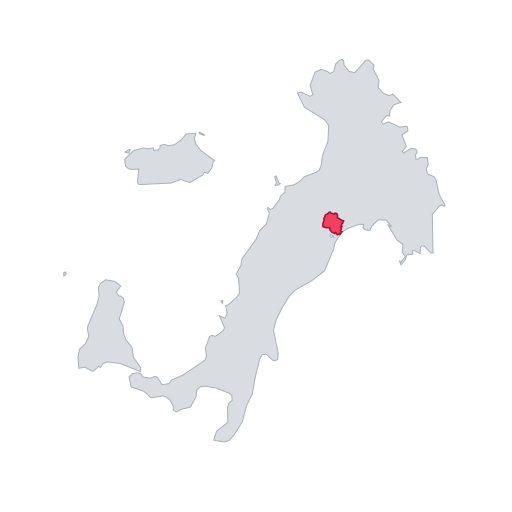 Forlì-Cesena highlighted on a map of Italy, rotated 79°
{"feature_id": "ITA-5365", "entity_name": "Forlì-Cesena", "entity_type": "Province", "adm_level": 1, "iso_a3": "ITA", "parent_name": "Italy", "parent_adm1": "", "projection": "natural_earth1", "projection_center": [11.987, 44.042], "detail": "fine", "context": "in_parent", "style": "filled", "palette": "rose", "viewbox_px": 512, "rotation_deg": 79, "n_neighbors": 0, "source": "natural_earth", "source_scale": "10m", "svg_char_len": 5366}
<svg xmlns="http://www.w3.org/2000/svg" viewBox="0 0 512 512"><g transform="rotate(79 256 256)"><path d="M91.5,103.7L94.7,105.4L106.7,101.8L114.0,103.9L120.1,100.4L124.0,95.0L123.2,90.9L132.9,84.4L133.8,91.8L139.1,96.9L144.2,98.1L143.0,101.1L148.1,107.3L150.1,106.7L150.8,105.6L149.6,100.4L157.0,90.3L157.3,83.3L158.6,82.6L162.2,83.1L165.1,89.6L177.1,87.5L181.2,92.5L183.1,91.6L180.0,83.0L181.5,78.7L184.7,77.9L186.9,80.0L191.5,80.6L191.8,78.0L190.6,76.3L192.2,68.9L199.1,69.6L203.2,72.2L208.0,72.1L212.1,66.2L215.3,64.8L230.8,64.4L242.2,60.8L243.2,61.6L241.1,64.4L241.8,66.3L248.6,74.9L286.9,81.7L286.4,83.8L278.2,89.2L277.6,91.3L278.9,93.1L285.0,94.4L280.8,99.5L280.9,101.5L284.2,101.7L283.7,107.9L287.8,109.8L292.3,115.3L287.8,116.3L289.6,114.8L285.0,109.5L280.3,111.8L272.7,109.5L267.5,114.5L250.0,120.8L253.0,117.9L251.7,117.8L245.4,121.6L243.9,129.2L248.9,136.7L252.7,139.4L251.0,144.0L248.6,145.7L245.5,144.4L244.6,148.5L246.3,159.5L249.0,167.2L257.8,175.7L264.1,178.5L283.7,191.6L290.9,206.2L297.1,224.6L302.3,231.5L313.1,241.3L322.9,248.5L332.0,253.0L355.7,252.8L361.7,254.4L362.5,257.5L361.4,259.6L354.4,264.8L354.0,268.9L357.4,271.7L373.7,279.4L390.3,285.8L401.6,294.1L416.2,301.1L427.7,311.9L431.8,317.5L432.6,321.9L430.0,329.5L428.6,332.6L420.5,328.2L413.8,315.3L399.6,313.0L395.4,310.8L393.0,306.9L388.6,306.5L385.5,308.6L377.9,320.7L373.9,331.1L373.7,335.4L376.1,339.5L382.9,341.8L391.8,349.2L392.2,358.5L393.9,363.7L391.6,366.7L387.2,365.9L381.3,367.8L377.1,371.2L375.4,374.4L375.2,386.0L367.3,392.0L360.6,403.6L350.5,403.7L348.1,400.1L347.9,394.8L349.6,391.5L353.3,390.0L355.7,383.1L354.9,378.2L356.3,376.0L364.4,372.7L364.7,365.8L361.6,362.7L358.9,350.2L348.6,326.2L345.3,323.8L336.6,323.2L326.1,316.8L325.5,314.2L327.1,311.6L325.9,308.1L322.6,302.1L320.4,300.6L307.6,303.3L311.2,298.4L306.6,295.2L298.7,295.2L298.8,293.0L293.1,283.2L289.3,279.3L274.7,277.3L269.9,279.0L262.7,272.7L256.2,270.5L239.6,252.7L231.6,247.4L226.5,239.7L216.4,234.6L211.7,235.9L210.6,234.9L213.0,233.4L212.5,230.4L205.7,222.8L201.7,220.3L198.9,215.4L193.2,214.2L193.4,205.3L191.3,199.1L187.5,193.7L185.4,181.1L183.7,177.5L179.6,174.8L170.3,171.7L157.3,163.6L141.9,159.7L135.5,162.6L119.1,180.1L103.9,184.2L103.6,180.6L109.6,172.4L108.4,169.4L99.0,170.4L86.8,163.0L85.2,156.4L88.8,150.2L90.9,148.8L89.9,144.6L82.5,141.1L79.5,135.7L79.4,133.8L81.3,132.8L85.7,133.1L92.7,129.3L94.8,124.0L84.7,110.6L85.1,107.9L91.5,103.7ZM251.7,179.2L252.2,175.9L249.1,178.0L249.9,179.5L251.7,179.2ZM347.6,391.3L335.7,409.6L331.7,421.9L332.3,426.6L335.8,430.1L334.1,431.4L337.9,437.2L337.8,438.8L332.4,445.4L332.4,451.2L322.1,450.3L313.7,447.0L309.6,440.4L306.2,437.6L302.7,435.4L295.4,435.5L292.2,434.2L273.0,421.2L265.5,417.7L256.8,416.8L253.4,414.0L250.6,408.3L254.0,399.4L259.6,394.5L264.8,400.1L269.2,398.3L269.4,396.5L272.5,394.2L276.5,394.2L291.7,402.2L299.6,399.9L306.8,400.8L313.5,399.7L322.0,395.1L332.0,395.7L343.5,390.4L347.6,391.3ZM166.3,292.6L171.3,307.0L166.4,315.7L168.2,325.2L163.6,357.3L161.3,358.3L148.3,354.6L147.3,362.0L145.5,365.0L142.9,366.9L135.9,366.4L129.0,355.8L128.6,345.4L130.1,342.3L130.3,336.3L133.0,336.0L133.2,331.9L131.7,329.7L129.1,329.0L129.1,324.4L131.1,320.9L131.2,314.8L127.7,307.0L122.9,301.3L124.0,291.4L128.2,293.9L134.4,293.8L142.0,290.0L154.3,278.5L155.9,280.5L161.0,282.5L165.8,287.5L163.9,290.7L166.3,292.6ZM189.6,218.3L190.7,220.6L190.3,223.7L187.8,221.9L181.7,222.6L181.1,221.0L188.5,219.6L189.6,218.3ZM130.8,361.1L129.0,364.8L127.2,359.9L127.4,359.2L130.8,361.1ZM127.7,284.3L124.9,288.4L123.5,288.2L127.0,283.5L127.7,284.3ZM238.9,448.5L235.5,447.7L235.4,445.8L238.1,446.1L238.9,448.5ZM296.2,298.0L293.4,299.1L293.5,297.1L296.2,298.0Z" fill="#d9dde1" stroke="#a8b0b8" stroke-width="1"/><path d="M248.7,167.0L248.8,167.2L249.6,168.2L250.8,169.3L250.6,169.5L250.0,170.0L250.3,170.4L250.5,170.8L250.8,172.0L250.7,172.2L249.8,172.4L249.2,172.9L248.4,173.0L248.1,173.1L248.0,173.6L248.2,173.9L249.0,174.4L247.0,177.1L246.8,177.2L246.5,177.3L245.8,177.7L244.6,178.4L244.3,178.5L244.2,178.5L244.0,178.4L243.0,178.4L242.9,178.4L242.5,178.2L242.4,178.2L242.2,178.2L242.1,178.3L242.1,178.8L242.1,179.3L242.1,179.5L241.6,181.8L241.4,182.2L240.9,182.8L240.7,183.2L240.3,184.5L239.7,184.7L239.3,184.7L236.4,184.0L236.0,183.7L235.4,183.2L234.9,182.9L233.9,182.4L233.6,182.4L232.3,182.2L232.0,182.2L231.8,182.1L231.7,182.0L231.3,181.7L231.1,181.3L231.0,181.2L229.4,180.4L229.1,180.2L228.9,180.0L228.7,179.8L228.7,178.5L228.6,178.4L228.5,178.2L228.3,178.1L228.1,178.0L228.0,177.8L228.0,177.6L228.1,177.1L228.0,176.9L227.9,176.8L227.3,176.3L227.1,176.0L227.0,175.9L227.0,175.7L227.0,175.1L227.0,174.9L227.1,174.7L227.3,174.7L227.8,174.7L228.0,174.5L228.3,174.1L228.4,173.9L228.5,173.5L229.0,172.9L229.1,172.7L229.4,172.0L229.6,171.5L229.7,171.3L229.8,171.0L229.9,170.8L229.8,170.7L229.7,170.6L229.4,170.6L229.1,170.6L229.2,169.7L229.3,169.3L230.2,168.3L230.4,168.2L230.5,168.2L230.6,168.3L230.9,168.5L231.1,168.5L231.7,168.2L232.2,168.2L233.6,168.9L234.0,169.0L234.2,168.8L234.6,167.9L235.5,166.8L236.2,166.3L236.5,166.0L238.3,163.2L238.6,163.3L238.9,164.0L239.2,164.2L239.6,164.2L239.9,164.3L240.2,164.5L240.5,164.7L240.6,165.0L240.5,165.3L240.8,165.6L242.4,166.4L243.2,166.0L243.5,166.0L243.5,166.5L243.4,166.7L243.3,166.9L243.8,167.5L245.1,166.9L245.8,167.0L247.6,168.4L247.8,168.2L248.7,167.0Z" fill="#f43f5e" stroke="#9f1239" stroke-width="1.5"/></g></svg>